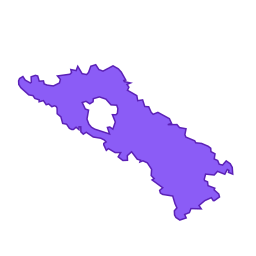 SVG path tracing the border of Flemish Brabant, rotated 41°
{"feature_id": "BEL-3475", "entity_name": "Flemish Brabant", "entity_type": "Province", "adm_level": 1, "iso_a3": "BEL", "parent_name": "Belgium", "parent_adm1": "", "projection": "robinson", "projection_center": [4.536, 50.87], "detail": "fine", "context": "isolated", "style": "filled", "palette": "violet", "viewbox_px": 256, "rotation_deg": 41, "n_neighbors": 0, "source": "natural_earth", "source_scale": "10m", "svg_char_len": 2261}
<svg xmlns="http://www.w3.org/2000/svg" viewBox="0 0 256 256"><g transform="rotate(41 128 128)"><path d="M51.0,164.1L46.2,162.8L43.7,166.5L42.5,165.0L38.3,166.8L35.0,165.9L31.4,168.1L20.7,167.9L17.0,166.8L14.5,164.2L13.7,161.8L14.9,158.1L19.0,159.3L24.7,158.1L25.0,156.9L21.3,152.9L23.6,149.0L25.7,148.0L30.3,150.9L33.3,147.9L35.8,149.7L38.8,148.7L44.1,145.2L46.7,139.0L45.1,135.7L40.6,135.0L48.9,125.5L49.0,123.2L46.5,121.4L51.2,118.7L49.6,114.4L57.7,117.1L61.7,114.8L61.8,112.0L59.4,105.8L62.1,101.4L67.7,103.0L71.8,101.5L75.9,90.9L81.9,89.7L86.2,90.2L94.9,93.3L93.7,94.9L94.8,95.4L100.3,92.4L98.6,95.8L101.9,96.6L102.8,99.9L113.4,97.8L117.4,101.0L120.6,97.2L126.5,100.8L129.7,98.4L135.3,101.0L138.0,101.1L140.3,96.6L153.1,93.8L157.8,95.9L155.8,99.4L162.7,93.3L166.6,93.9L172.3,90.5L175.3,95.7L177.6,96.9L186.7,93.9L188.9,94.7L193.6,91.4L200.4,89.2L203.7,89.0L206.1,91.4L210.6,90.4L213.4,94.8L217.0,93.7L220.6,95.5L223.7,93.9L223.7,88.4L228.6,87.9L232.5,89.3L237.3,94.1L232.9,95.6L232.0,93.8L230.2,94.2L231.4,99.4L224.0,102.0L223.9,106.9L216.8,111.9L219.2,116.7L220.3,117.4L223.3,116.4L226.2,119.0L233.0,116.5L233.6,118.2L239.8,118.3L242.3,120.0L240.8,126.2L240.0,126.9L236.6,125.9L233.6,132.4L232.4,139.9L236.3,141.0L228.4,147.5L229.8,151.6L227.5,156.1L230.9,157.7L227.5,163.5L222.9,164.1L220.2,163.1L217.3,160.1L217.3,156.2L213.0,154.2L206.4,150.0L197.7,155.4L195.1,155.8L192.8,154.3L193.4,150.3L180.2,151.4L180.9,149.0L176.7,148.7L172.9,143.7L165.5,141.6L160.8,143.0L159.3,145.8L158.6,144.1L155.5,145.5L146.3,143.6L145.6,149.3L148.8,152.7L145.4,155.9L139.5,156.2L138.6,151.4L134.4,155.0L126.7,156.4L126.3,159.1L120.7,156.6L119.8,155.5L120.6,152.9L118.0,152.6L114.1,153.6L107.7,157.6L99.3,158.6L98.3,162.0L94.9,161.8L91.6,158.1L90.3,159.2L92.1,161.4L88.3,161.5L87.8,164.9L86.6,166.0L84.0,166.7L79.2,165.4L75.7,167.4L70.0,163.6L65.2,163.7L61.4,159.5L59.7,158.9L57.9,159.5L56.6,161.9L52.4,161.9L51.0,164.1ZM118.0,144.6L112.1,141.1L113.6,139.2L117.3,138.8L114.5,131.8L107.5,128.2L110.2,125.9L110.3,123.8L107.6,120.0L104.5,118.2L100.0,121.7L92.4,120.7L86.0,123.3L82.6,128.6L84.4,131.1L83.3,134.8L78.8,135.4L76.7,138.8L83.3,141.7L86.5,140.4L91.2,148.2L96.0,150.8L99.9,151.4L103.6,150.7L118.0,144.6Z" fill="#8b5cf6" stroke="#5b21b6" stroke-width="1.5"/></g></svg>